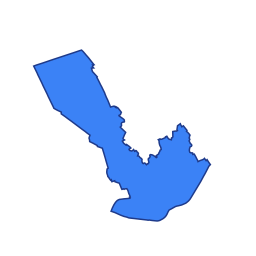 Huyen Cai Lay, Tiền Giang, Vietnam (Equal Earth projection), rotated 334°
{"feature_id": "81297802B21182108853425", "entity_name": "Huyen Cai Lay", "entity_type": "district", "adm_level": 2, "iso_a3": "VNM", "parent_name": "Vietnam", "parent_adm1": "Tiền Giang", "projection": "equal_earth", "projection_center": [106.102, 10.405], "detail": "fine", "context": "isolated", "style": "filled", "palette": "blue", "viewbox_px": 256, "rotation_deg": 334, "n_neighbors": 0, "source": "geoboundaries", "source_scale": "gbopen_adm2", "svg_char_len": 5821}
<svg xmlns="http://www.w3.org/2000/svg" viewBox="0 0 256 256"><g transform="rotate(334 128 128)"><path d="M76.3,195.4L77.3,196.4L79.1,198.2L81.6,201.2L83.1,203.0L85.5,205.6L87.8,207.5L89.1,208.9L89.7,209.4L104.6,218.9L105.7,219.7L106.7,220.0L109.0,221.6L112.7,223.9L113.6,224.4L114.9,224.8L116.1,225.0L118.7,224.9L119.3,224.9L121.0,224.6L122.4,224.2L123.7,223.6L125.1,222.7L127.4,220.8L127.9,220.5L128.3,220.2L128.9,219.8L129.8,219.7L131.2,219.7L135.8,219.4L137.2,219.5L139.6,220.1L141.1,220.4L142.5,220.7L145.0,220.8L147.0,220.9L148.4,220.6L150.4,220.1L152.5,219.2L154.6,217.9L169.7,208.1L170.0,207.9L175.0,204.3L176.8,203.1L178.6,201.8L182.6,198.8L183.5,198.1L183.7,197.9L185.5,197.2L186.0,197.0L185.5,194.1L185.2,191.1L183.9,191.6L183.4,188.8L182.9,189.0L182.4,189.2L181.8,189.2L180.4,189.1L178.9,188.9L177.9,188.9L176.2,188.9L176.4,188.0L176.3,186.5L176.3,185.1L176.3,184.9L176.3,183.9L176.2,182.0L176.1,180.5L174.7,180.2L174.9,179.5L175.1,179.1L175.1,178.9L175.1,178.7L174.5,178.4L173.7,177.9L172.9,177.0L173.0,176.6L173.1,175.6L173.4,174.8L173.8,174.2L174.4,173.4L175.3,172.4L175.7,172.2L176.3,172.2L177.0,172.2L177.5,171.8L177.7,171.6L177.8,171.4L177.8,171.2L177.8,170.7L177.8,170.4L177.6,170.1L177.3,169.5L177.2,168.9L177.3,168.2L177.2,167.1L177.3,166.4L177.4,166.2L177.6,166.0L178.2,165.7L178.4,165.6L178.6,165.1L178.6,163.9L178.6,163.7L179.2,163.2L179.5,162.9L179.6,162.6L179.9,162.0L180.2,161.7L180.4,161.5L180.6,161.5L180.2,159.6L179.7,158.0L179.1,156.7L180.0,156.0L178.7,150.3L176.9,150.5L176.8,148.2L176.9,147.1L173.5,147.7L171.3,150.9L171.3,152.0L170.3,152.0L168.9,151.4L166.7,150.8L166.0,152.2L165.3,153.8L164.9,154.6L164.7,155.1L164.5,155.5L163.9,156.0L163.5,156.1L163.1,156.0L162.8,156.0L161.8,157.6L160.5,156.5L160.1,156.0L159.9,155.8L159.8,155.6L159.7,155.4L159.6,155.1L159.5,154.5L159.3,152.4L157.8,152.4L157.6,153.0L153.3,152.9L152.9,152.6L152.3,152.5L152.0,151.8L150.1,151.8L150.3,152.5L150.3,153.0L150.2,153.2L150.1,153.6L149.6,154.7L149.2,156.2L149.1,156.7L149.0,157.3L149.0,158.7L149.0,159.2L148.9,160.3L148.8,160.5L148.6,161.3L148.4,161.9L147.9,162.0L147.1,162.0L146.2,163.1L145.2,163.6L144.2,164.7L143.3,164.9L142.0,165.1L141.2,165.3L141.3,166.8L140.4,167.0L139.7,165.4L138.9,164.0L138.2,163.0L137.6,162.5L136.8,161.9L136.4,161.7L136.1,161.8L135.8,161.9L135.5,162.4L135.4,162.5L135.4,162.8L135.5,163.0L135.4,163.4L135.2,163.6L134.7,163.8L134.5,164.0L134.3,164.2L133.9,164.3L133.5,164.3L133.1,164.3L132.9,164.5L132.6,164.8L132.5,165.0L132.3,165.4L132.2,165.7L132.1,166.3L131.9,167.2L131.7,167.9L131.7,168.0L131.5,168.3L131.4,168.4L131.1,168.5L130.9,168.5L130.7,168.6L130.2,168.9L130.1,168.7L129.6,168.7L129.0,168.9L128.8,169.0L128.5,169.1L128.4,168.8L128.1,167.7L127.9,167.1L127.6,166.8L127.5,166.7L127.3,166.6L126.8,166.6L126.6,166.6L126.3,166.7L126.1,166.7L125.8,166.1L125.7,165.5L125.7,165.1L125.8,164.6L125.9,164.1L126.4,163.0L126.8,162.6L126.8,161.8L126.8,161.5L126.7,161.3L126.2,160.4L125.9,160.0L125.8,159.7L125.7,159.5L125.7,159.2L125.7,158.8L125.6,158.5L125.5,158.3L125.4,158.0L125.3,157.8L125.1,157.6L124.4,157.3L125.1,156.5L125.8,156.1L126.2,155.4L126.2,155.1L126.1,154.8L126.1,154.4L126.0,154.1L125.6,153.3L125.6,152.6L125.6,152.4L125.5,152.1L125.4,151.9L125.1,151.7L124.9,151.8L124.7,151.8L124.4,151.9L124.2,152.0L123.7,151.9L123.6,149.8L123.1,150.0L121.9,150.3L121.4,150.3L120.9,150.1L120.3,149.4L119.7,149.0L119.6,148.8L119.6,148.4L119.6,147.5L120.6,147.3L121.8,147.2L121.2,145.4L119.5,142.2L118.8,142.6L117.4,139.8L117.4,139.5L117.2,137.3L119.6,137.2L119.0,136.1L118.9,135.9L118.8,135.7L118.9,135.3L119.2,134.9L120.5,133.8L121.8,132.6L123.3,131.5L124.0,130.9L122.7,127.4L121.5,124.1L121.4,123.9L121.5,123.7L122.0,123.5L122.7,123.4L123.0,123.2L123.4,122.8L123.6,122.3L123.7,121.5L123.8,121.3L124.1,120.9L124.3,120.8L124.6,120.6L124.9,120.5L125.3,120.5L126.0,120.5L126.6,120.7L127.1,120.9L127.4,120.9L127.5,120.8L127.6,120.7L127.9,119.8L128.2,119.2L128.0,118.4L127.4,117.1L125.4,113.5L125.3,113.1L125.4,112.7L126.4,112.7L126.8,112.7L127.0,112.6L127.3,112.4L127.6,112.2L128.3,111.5L128.7,111.0L128.9,110.9L128.4,108.4L128.2,107.5L127.8,105.6L126.5,103.6L126.4,103.7L126.2,103.9L126.1,104.1L126.1,104.3L125.8,104.0L125.7,103.7L125.6,103.1L125.5,102.7L125.2,102.4L125.0,102.2L123.2,101.8L121.5,101.5L121.6,100.1L121.7,98.4L122.0,94.0L122.0,92.0L122.0,90.8L122.2,87.7L122.3,87.0L122.4,86.2L122.4,85.4L122.4,79.8L122.4,79.1L122.3,77.4L122.3,73.0L122.2,68.8L122.8,68.5L120.8,61.7L121.4,58.2L123.4,58.9L123.0,57.9L122.9,57.2L124.2,56.6L123.9,55.9L125.2,56.2L125.0,55.5L124.4,52.7L123.3,47.6L122.9,46.1L122.2,43.6L122.0,42.7L121.6,41.2L121.2,39.7L120.4,37.6L117.7,37.2L112.2,36.5L90.1,33.5L84.5,32.8L79.0,32.1L73.5,31.3L70.4,31.0L70.4,32.9L70.4,34.8L70.4,36.6L70.4,37.5L70.4,39.6L70.3,39.9L70.3,41.3L70.3,50.0L70.2,52.5L70.2,55.0L70.2,57.4L70.2,59.9L70.2,62.3L70.1,64.7L70.1,72.0L70.1,76.9L70.0,77.7L70.4,78.4L72.3,81.1L74.5,83.8L75.0,84.5L74.2,86.0L74.5,86.6L76.6,90.4L77.8,92.8L80.3,97.5L81.1,99.1L85.0,106.7L85.9,108.5L86.6,109.8L88.0,112.4L88.8,114.2L90.7,117.8L90.1,118.4L89.1,119.3L88.7,119.8L88.5,120.1L88.3,121.4L88.0,122.5L87.6,123.4L89.8,126.2L92.5,130.0L92.7,130.3L92.6,130.7L92.4,131.2L94.7,133.5L95.3,134.2L96.1,134.9L95.7,137.1L95.3,139.7L94.2,146.1L94.0,147.0L93.1,152.2L92.6,155.4L91.2,155.7L89.7,158.1L89.2,159.4L89.0,160.7L88.9,161.8L88.6,162.8L89.0,164.1L89.0,164.3L89.1,165.4L89.5,167.4L90.3,167.2L90.0,169.2L92.9,169.6L92.8,169.9L92.8,170.8L93.4,171.2L94.2,172.1L96.0,173.8L95.6,179.7L95.6,180.5L95.9,180.6L97.1,180.6L97.6,181.4L98.3,181.3L100.3,182.0L100.3,182.4L100.4,182.7L100.5,183.2L100.5,183.6L100.5,184.0L100.5,184.4L100.3,185.4L100.0,187.4L100.0,188.8L99.9,190.0L99.7,191.1L99.0,190.9L98.8,192.0L93.3,189.9L90.6,189.0L88.9,188.4L86.8,188.4L85.5,188.8L84.1,189.4L81.6,190.9L78.8,193.1L76.3,195.4Z" fill="#3b82f6" stroke="#1e3a8a" stroke-width="1.5"/></g></svg>